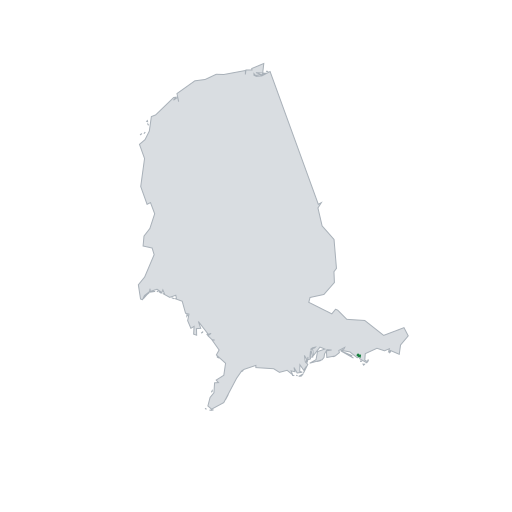 location of Kent, Rhode Island, United States of America, rotated 43°
{"feature_id": "52423323B26023060829136", "entity_name": "Kent", "entity_type": "district", "adm_level": 2, "iso_a3": "USA", "parent_name": "United States of America", "parent_adm1": "Rhode Island", "projection": "orthographic", "projection_center": [-71.482, 41.683], "detail": "fine", "context": "in_parent", "style": "filled", "palette": "green", "viewbox_px": 512, "rotation_deg": 43, "n_neighbors": 0, "source": "geoboundaries", "source_scale": "gbopen_adm2", "svg_char_len": 4168}
<svg xmlns="http://www.w3.org/2000/svg" viewBox="0 0 512 512"><g transform="rotate(43 256 256)"><path d="M379.5,229.0L403.5,227.0L413.1,207.5L421.8,210.6L422.4,222.5L427.8,230.2L418.8,233.4L418.3,235.6L416.8,232.9L414.6,237.7L407.4,241.0L402.5,252.9L406.6,258.0L409.4,257.3L408.7,255.1L409.6,256.1L409.8,258.6L401.8,260.4L400.3,257.7L399.4,261.4L390.1,262.1L382.9,266.7L383.8,264.0L383.2,262.3L381.0,268.6L382.9,269.8L382.1,275.1L377.0,281.9L372.2,277.4L375.4,273.2L371.8,276.0L372.9,280.9L374.9,283.8L375.1,286.9L368.4,297.8L370.6,290.9L366.2,284.0L369.8,277.1L364.9,279.0L365.9,289.5L361.6,286.0L359.9,286.3L361.6,283.1L361.6,282.1L359.9,284.6L359.6,286.7L366.4,291.2L364.7,293.0L361.8,289.1L360.7,288.4L364.3,293.1L366.0,294.0L364.8,296.6L362.8,294.4L365.9,298.6L365.0,299.1L363.5,297.0L359.2,295.7L364.4,299.9L367.8,299.9L370.7,309.7L368.1,302.2L368.8,307.0L362.3,305.6L366.7,310.6L369.1,309.4L365.9,313.5L359.8,311.6L363.4,314.1L360.0,316.1L363.8,317.9L356.7,318.4L352.5,325.1L345.8,326.4L332.0,337.7L330.5,336.1L324.6,347.0L323.9,349.8L325.2,358.7L332.4,385.2L328.0,398.3L323.1,398.5L318.9,390.8L318.5,384.7L312.2,377.0L314.9,374.2L311.5,373.9L313.8,365.2L306.9,355.2L294.5,355.4L293.1,349.9L281.3,347.4L283.1,345.7L280.8,347.2L275.3,347.1L275.9,343.2L274.5,345.8L258.5,343.2L264.9,346.6L262.0,349.7L266.6,354.4L263.7,355.7L258.7,349.7L257.7,353.3L250.1,349.9L246.6,344.2L243.5,345.9L232.9,339.4L225.4,342.6L227.3,341.7L224.1,339.4L221.1,345.1L213.4,347.0L215.3,346.3L211.0,344.3L212.1,346.9L206.3,347.8L202.9,354.0L200.8,352.2L202.4,354.6L201.4,361.0L202.8,365.4L200.9,366.2L189.6,357.3L188.9,347.3L180.6,324.5L174.6,321.0L166.6,325.7L160.5,317.8L159.6,308.2L153.1,294.2L142.4,288.9L141.1,292.5L124.3,283.8L108.0,260.7L94.6,253.8L95.5,246.6L92.8,237.4L84.4,225.4L86.4,221.2L87.7,196.2L89.1,194.5L89.4,198.3L90.5,193.4L94.2,195.9L87.4,191.1L91.8,169.6L98.4,161.6L103.0,150.2L108.7,145.2L121.8,127.5L124.4,130.5L121.8,126.8L126.2,122.7L125.0,121.8L130.4,109.9L136.1,117.6L130.9,121.9L135.9,119.9L132.6,124.3L130.1,124.0L131.2,125.2L133.8,124.4L137.5,120.2L140.5,111.5L266.3,175.7L267.4,172.5L268.5,178.6L283.8,188.9L301.8,190.7L323.3,210.2L323.7,214.3L331.4,221.9L331.9,237.8L323.8,249.5L326.2,253.9L350.9,246.6L350.5,240.7L352.7,239.9L365.6,240.4L379.5,229.0ZM392.8,264.8L396.9,264.2L382.6,267.6L394.4,263.3L392.8,264.8ZM137.9,116.3L136.9,120.0L136.5,120.4L136.7,117.1L137.9,116.3ZM202.8,364.3L202.3,358.3L203.0,355.2L202.6,358.5L202.8,364.3ZM419.7,233.8L419.7,235.6L419.1,235.3L419.7,233.8ZM246.4,345.9L246.5,347.3L245.4,345.9L246.4,345.9ZM86.2,233.1L87.6,233.3L87.7,233.6L86.2,233.1ZM85.1,231.7L84.2,232.1L84.2,231.1L85.1,231.7ZM405.4,260.6L404.3,261.8L404.0,261.5L405.4,260.6ZM204.6,352.6L203.1,354.8L206.4,350.7L204.6,352.6ZM330.3,376.6L331.7,381.8L330.0,376.0L330.3,376.6ZM90.6,241.4L90.6,243.0L90.5,241.4L90.6,241.4ZM328.8,399.1L327.1,400.5L329.9,397.5L328.8,399.1ZM371.0,313.0L369.3,314.9L370.9,310.1L371.0,313.0ZM138.6,113.2L138.0,114.0L137.9,113.3L138.6,113.2ZM211.9,347.9L209.3,348.3L212.1,347.5L211.9,347.9ZM409.2,261.1L409.2,262.4L408.0,262.1L409.2,261.1ZM89.0,244.8L88.7,246.6L88.8,244.8L89.0,244.8ZM208.5,349.0L207.4,349.3L208.4,348.6L208.5,349.0ZM374.3,289.0L372.5,291.7L374.6,288.0L374.3,289.0ZM224.4,343.5L222.7,344.0L225.3,343.0L224.4,343.5ZM324.8,348.4L324.3,350.5L324.3,349.0L324.8,348.4ZM364.4,318.3L363.8,318.7L365.5,317.2L364.4,318.3ZM298.9,355.7L296.8,356.4L296.0,356.1L298.9,355.7ZM274.6,346.6L274.2,346.9L273.1,346.6L274.6,346.6ZM316.2,384.6L316.3,386.1L315.8,384.3L316.2,384.6ZM269.0,348.5L268.5,349.8L268.8,347.4L269.0,348.5ZM323.8,402.1L322.6,402.1L324.2,401.8L323.8,402.1ZM381.7,276.1L380.8,277.4L381.9,275.5L381.7,276.1ZM368.1,315.2L367.3,315.7L367.2,315.6L368.1,315.2Z" fill="#d9dde1" stroke="#a8b0b8" stroke-width="1"/><path d="M400.2,258.9L399.9,258.8L399.9,258.6L400.0,258.6L400.3,258.7L400.3,258.8L400.5,258.6L400.5,258.4L400.4,258.3L400.4,258.2L400.2,257.9L400.1,258.0L399.9,258.1L399.7,258.2L399.3,258.3L399.3,258.2L399.2,258.3L398.5,258.3L398.2,258.3L397.7,258.3L397.7,258.9L397.7,259.0L397.7,259.4L398.5,259.4L399.3,259.4L399.6,259.4L399.8,259.1L400.2,258.9Z" fill="#22c55e" stroke="#15803d" stroke-width="1.5"/></g></svg>